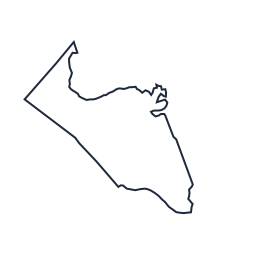 Antônio Martins, Rio Grande do Norte, Brazil, rotated 36°
{"feature_id": "56859067B13726500765771", "entity_name": "Antônio Martins", "entity_type": "district", "adm_level": 2, "iso_a3": "BRA", "parent_name": "Brazil", "parent_adm1": "Rio Grande do Norte", "projection": "natural_earth1", "projection_center": [-37.923, -6.207], "detail": "fine", "context": "isolated", "style": "outline", "palette": "slate", "viewbox_px": 256, "rotation_deg": 36, "n_neighbors": 0, "source": "geoboundaries", "source_scale": "gbopen_adm2", "svg_char_len": 1371}
<svg xmlns="http://www.w3.org/2000/svg" viewBox="0 0 256 256"><g transform="rotate(36 128 128)"><path d="M154.8,181.3L155.8,178.7L157.9,177.4L162.6,177.8L170.5,174.0L173.8,170.3L177.0,167.4L179.2,166.2L182.8,165.2L187.7,164.8L192.5,164.9L197.6,165.8L201.4,166.1L207.3,167.7L216.6,167.7L218.9,166.5L222.7,164.4L228.5,159.2L225.8,154.3L225.0,151.5L218.4,149.9L217.4,147.0L215.9,144.4L213.6,141.9L214.1,137.9L213.6,135.6L173.6,108.8L169.9,108.4L151.0,96.1L149.0,95.4L146.3,97.5L145.5,99.9L143.4,102.5L139.2,102.2L137.1,101.4L138.4,99.0L141.1,96.9L143.0,95.4L144.5,93.8L146.0,90.6L146.0,87.4L144.8,84.2L141.2,83.3L136.2,90.2L135.4,87.9L134.5,84.8L134.5,81.0L138.3,81.1L140.2,80.4L137.9,76.8L135.4,74.7L132.8,77.1L130.1,74.8L128.3,75.9L125.5,76.3L127.7,78.4L125.6,80.7L127.2,85.2L127.3,87.6L123.5,86.4L120.0,87.2L118.8,91.1L114.6,90.7L112.5,91.2L109.9,90.2L107.3,92.6L105.2,94.1L103.5,96.7L101.6,99.0L99.4,100.0L97.3,101.4L95.8,103.6L94.3,107.5L92.0,110.9L90.8,114.4L89.1,115.7L88.0,118.2L85.1,122.9L82.9,125.5L81.0,126.7L77.9,129.7L73.2,130.7L69.9,131.1L67.2,129.7L64.2,129.9L61.2,130.1L58.9,130.1L56.3,129.3L55.1,126.6L52.4,123.7L51.6,120.1L50.3,116.4L45.5,113.4L41.7,109.4L39.5,106.4L39.2,102.8L38.9,99.7L41.2,98.5L42.8,96.9L33.6,90.3L31.8,118.5L27.5,165.6L46.8,166.0L91.1,166.9L97.6,169.0L122.5,173.7L154.8,181.3Z" fill="none" stroke="#1e293b" stroke-width="2"/></g></svg>